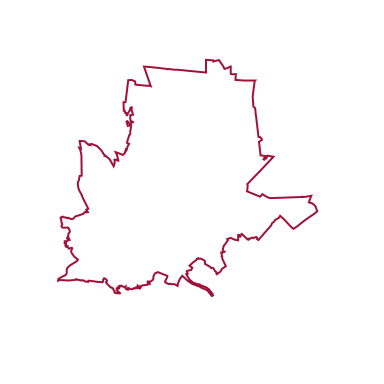 outline of Tulcea, Tulcea, Romania, rotated 202°
{"feature_id": "2599482B25172560507796", "entity_name": "Tulcea", "entity_type": "district", "adm_level": 2, "iso_a3": "ROU", "parent_name": "Romania", "parent_adm1": "Tulcea", "projection": "robinson", "projection_center": [28.818, 45.151], "detail": "fine", "context": "isolated", "style": "outline", "palette": "rose", "viewbox_px": 384, "rotation_deg": 202, "n_neighbors": 0, "source": "geoboundaries", "source_scale": "gbopen_adm2", "svg_char_len": 5972}
<svg xmlns="http://www.w3.org/2000/svg" viewBox="0 0 384 384"><g transform="rotate(202 192 192)"><path d="M170.7,106.8L169.6,110.7L162.9,108.1L157.2,106.9L148.8,107.1L147.7,106.7L146.8,106.8L141.2,106.6L134.6,103.0L133.8,104.0L134.7,104.6L134.8,105.3L140.1,108.2L143.2,108.9L150.3,108.8L150.3,109.1L150.9,109.1L151.3,108.7L157.1,108.4L161.8,110.0L166.6,113.8L165.4,114.7L167.2,116.7L163.5,119.6L163.4,121.9L166.7,122.8L164.6,127.2L162.5,130.6L162.4,132.0L161.4,133.0L160.8,132.5L159.6,133.3L158.7,133.5L155.2,133.2L154.0,132.5L153.6,132.0L153.1,130.2L147.3,129.4L145.6,128.6L144.7,129.3L143.7,129.4L141.1,127.3L138.2,126.3L138.7,125.3L138.2,125.0L136.2,128.1L135.6,129.8L135.6,131.1L135.3,132.2L132.8,135.8L139.1,141.7L139.7,143.3L140.5,143.7L140.4,144.1L140.7,144.7L142.2,146.7L141.1,147.2L139.6,148.6L139.5,148.9L141.3,148.6L141.6,149.2L141.8,150.3L141.1,150.6L142.0,150.6L142.4,154.1L141.5,156.6L141.0,159.7L140.7,160.7L141.7,161.7L138.7,164.0L135.8,163.7L133.0,164.0L131.1,164.5L133.1,169.5L132.5,169.8L132.2,168.6L131.8,168.3L131.1,168.4L131.2,168.8L131.1,169.0L130.6,168.9L130.3,171.8L130.1,171.8L123.0,168.9L122.9,169.3L122.5,169.3L122.4,169.6L121.5,169.1L120.7,170.7L120.3,170.9L119.6,172.0L118.8,172.3L117.7,172.2L116.3,173.9L115.4,174.4L115.0,174.2L114.9,173.9L114.4,173.8L114.0,172.7L112.5,172.3L106.2,190.4L106.0,193.2L104.8,195.2L104.4,197.3L101.9,200.3L101.4,202.9L96.4,201.1L87.3,196.9L84.3,195.8L83.4,196.9L81.4,199.9L76.9,207.9L70.4,217.8L68.8,220.6L68.7,221.3L70.0,222.5L71.9,224.8L74.2,225.9L76.3,226.5L79.8,226.2L80.0,233.2L85.2,229.9L87.7,228.8L88.0,228.9L88.1,228.6L117.0,215.7L118.7,215.4L121.5,215.6L126.0,216.3L127.1,213.2L141.3,213.2L141.4,214.6L142.3,217.0L142.5,218.2L142.9,219.1L143.7,220.0L137.2,235.9L129.7,255.2L135.6,254.0L135.6,251.4L135.8,251.0L136.6,251.2L137.0,249.1L137.9,249.1L137.5,252.8L142.2,251.7L148.7,263.7L146.7,266.5L147.2,267.4L149.5,268.4L151.0,268.0L160.9,286.1L162.2,288.1L163.3,290.5L164.9,293.4L167.1,294.3L167.6,295.1L168.6,297.7L168.8,297.7L171.2,302.6L172.0,305.0L175.5,318.5L175.3,319.0L185.7,314.8L193.7,312.2L195.5,317.7L198.7,316.3L200.0,315.9L200.3,316.0L203.1,322.8L206.2,319.7L208.0,318.3L210.3,320.4L216.5,324.4L221.1,321.0L221.6,322.0L228.5,319.8L223.8,308.0L250.3,300.2L253.0,299.3L253.7,298.9L260.0,297.2L260.8,296.6L261.2,296.7L266.2,295.4L278.3,292.0L283.5,290.3L270.1,274.9L270.3,274.9L270.1,274.7L270.8,274.7L274.3,273.4L284.1,270.5L284.8,270.5L286.1,273.2L289.8,273.3L293.0,271.8L287.3,250.5L289.1,249.5L285.7,241.8L284.9,242.2L283.4,240.2L282.6,240.5L281.3,238.7L281.1,238.7L280.7,239.8L281.0,241.5L280.4,243.4L280.2,244.6L280.6,246.7L279.6,246.9L279.8,247.9L279.5,247.9L278.7,245.3L275.8,241.9L275.7,241.4L278.0,240.1L276.8,237.0L275.5,234.7L273.3,235.0L272.8,234.8L273.0,234.4L274.5,233.2L274.7,232.4L275.0,231.9L275.5,231.9L278.5,233.5L279.1,232.6L276.3,229.2L273.5,231.1L272.5,227.7L272.0,225.2L271.0,222.8L271.0,222.3L271.5,221.3L270.8,213.3L268.3,213.0L268.8,210.7L268.5,207.8L269.4,207.2L269.2,206.3L268.5,206.5L268.3,206.1L269.1,204.9L269.1,204.3L268.8,204.3L268.9,202.8L269.6,201.2L270.2,200.4L270.5,200.6L272.1,200.4L274.6,200.5L277.7,200.3L275.5,198.3L272.0,193.5L272.4,193.3L272.7,193.6L273.3,193.3L273.6,193.7L275.0,193.1L275.4,193.3L276.0,192.9L274.5,189.9L274.3,186.5L279.7,190.8L281.3,191.8L285.1,192.9L285.9,192.8L285.7,193.1L288.5,194.2L289.1,194.9L292.0,196.8L297.1,199.0L302.7,199.0L304.1,198.3L303.8,197.7L304.2,197.8L304.9,196.9L306.5,197.5L306.7,197.3L310.4,198.8L314.2,197.7L315.3,197.1L311.3,190.8L313.1,190.7L311.2,189.0L308.3,184.7L300.4,165.8L302.2,164.8L301.3,160.6L301.4,158.3L300.8,156.5L299.2,153.7L297.4,151.4L293.6,148.3L290.9,145.5L281.9,137.6L283.4,136.0L281.0,134.3L282.6,133.5L283.2,133.7L284.1,132.9L284.6,131.0L291.0,125.6L292.1,122.9L293.1,121.8L294.5,121.6L297.3,121.7L297.6,121.0L299.8,121.1L300.5,120.6L302.6,120.8L303.8,119.8L303.4,118.7L303.7,118.5L303.2,118.3L303.0,117.4L301.7,115.1L300.1,113.2L300.4,111.9L299.7,110.8L298.5,110.5L293.7,112.5L292.5,112.0L290.6,109.9L290.4,109.3L290.5,108.3L291.0,107.2L290.5,106.1L290.5,104.5L289.4,103.4L290.5,103.4L290.6,102.5L289.4,101.2L289.0,101.2L289.2,101.7L289.0,101.9L287.7,101.6L290.1,99.2L291.5,98.7L291.1,97.9L291.1,97.0L290.5,96.9L289.5,97.4L288.9,96.1L289.6,95.5L289.2,94.7L288.3,94.1L287.2,94.9L287.2,94.2L286.0,94.0L284.9,93.4L283.0,95.0L282.2,95.1L281.9,94.7L282.0,92.1L281.2,90.7L276.8,87.9L272.6,86.7L272.8,86.1L272.6,85.9L272.7,85.0L277.6,78.3L279.3,74.6L278.9,72.5L277.7,69.7L277.9,68.2L278.3,67.4L281.0,64.4L283.3,61.4L282.9,59.6L281.5,60.9L273.8,63.5L270.7,65.0L266.5,67.3L266.6,67.9L263.6,68.0L263.1,68.4L262.1,68.3L261.4,68.7L260.6,68.8L260.1,69.4L259.6,69.2L258.7,69.3L257.7,69.0L256.2,69.3L255.7,69.9L254.7,69.7L254.4,71.1L253.3,71.5L246.1,73.2L242.1,74.7L241.2,74.7L241.0,75.1L241.1,76.2L241.5,77.3L241.4,78.3L241.1,79.1L239.0,78.9L237.6,77.9L237.4,77.7L237.5,76.9L238.0,76.2L237.0,75.3L231.7,73.1L230.7,73.4L230.3,73.1L229.3,73.1L228.2,71.9L226.5,71.1L226.5,70.2L226.2,69.7L223.9,69.9L223.4,70.6L222.9,70.3L220.9,70.9L220.8,71.2L221.4,71.5L223.3,72.2L224.1,72.2L225.4,73.7L224.7,74.3L225.6,74.7L225.4,75.3L224.6,75.6L223.8,75.0L223.5,75.4L224.0,76.5L224.6,76.6L224.6,77.1L224.3,77.5L223.9,77.9L222.9,77.8L222.8,78.5L222.4,78.7L221.6,78.3L221.0,78.6L219.1,78.4L218.6,78.7L218.1,79.6L217.4,77.7L217.1,77.4L214.9,77.3L214.2,77.8L214.0,78.3L214.4,78.6L215.3,78.6L215.4,79.1L211.7,79.1L210.5,80.0L210.0,81.1L209.1,80.9L208.6,81.3L208.2,82.6L206.9,82.2L206.5,82.4L205.7,83.5L205.8,83.8L207.1,84.1L207.3,84.8L206.2,84.4L205.1,85.0L204.7,84.2L205.1,83.6L205.0,83.0L204.2,82.9L203.8,84.0L204.1,85.6L203.9,85.9L203.0,86.8L198.9,89.1L196.7,91.0L197.1,91.4L199.0,91.1L199.6,91.9L199.6,92.4L196.9,93.4L195.4,95.9L195.3,97.1L196.1,99.1L196.1,99.8L196.0,101.6L195.5,103.1L194.1,104.3L193.8,104.9L183.4,105.0L183.1,103.7L183.4,98.5L181.2,97.9L179.0,98.0L178.2,98.2L177.8,98.8L175.6,99.0L174.8,99.7L173.7,100.0L170.2,99.5L170.8,101.6L170.7,106.8Z" fill="none" stroke="#9f1239" stroke-width="2"/></g></svg>